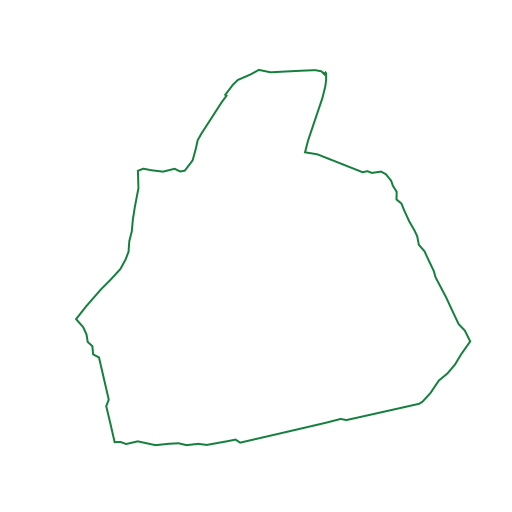 the district of Heiban, South Kordufan, Sudan, rotated 77°
{"feature_id": "16777658B58356083218961", "entity_name": "Heiban", "entity_type": "district", "adm_level": 2, "iso_a3": "SDN", "parent_name": "Sudan", "parent_adm1": "South Kordufan", "projection": "albers", "projection_center": [30.437, 11.168], "detail": "fine", "context": "isolated", "style": "outline", "palette": "green", "viewbox_px": 512, "rotation_deg": 77, "n_neighbors": 0, "source": "geoboundaries", "source_scale": "gbopen_adm2", "svg_char_len": 1530}
<svg xmlns="http://www.w3.org/2000/svg" viewBox="0 0 512 512"><g transform="rotate(77 256 256)"><path d="M387.4,66.5L375.6,69.3L367.9,73.9L351.3,77.5L339.3,80.0L317.3,85.8L310.4,86.2L299.2,88.7L289.2,90.8L281.8,94.8L272.9,94.5L266.9,95.8L256.7,98.9L244.7,101.4L237.6,102.5L232.5,106.4L225.1,104.5L218.4,106.8L213.1,107.4L205.6,111.0L201.9,115.1L201.1,124.5L198.4,128.4L198.4,133.2L170.7,173.4L166.0,184.9L155.2,179.3L116.9,155.7L106.3,150.3L100.0,148.0L93.7,146.6L93.3,146.8L94.6,147.3L94.1,147.7L94.4,147.8L93.4,148.5L94.0,148.7L93.4,149.1L90.7,150.8L88.2,156.6L85.9,168.9L83.2,183.9L80.3,200.4L75.3,211.4L77.9,220.6L80.2,233.1L80.4,234.2L83.8,239.8L92.0,249.7L92.5,249.3L93.2,248.7L98.3,254.7L124.6,281.8L130.1,286.8L138.5,290.8L148.5,296.2L152.7,301.2L156.8,306.2L156.6,310.9L152.7,315.7L152.9,327.6L149.0,338.4L145.6,346.1L146.4,351.9L163.5,355.3L180.9,363.0L192.8,367.8L204.1,371.5L213.0,376.1L223.1,379.2L230.0,383.8L238.2,391.1L246.3,402.9L253.5,414.4L266.6,432.5L277.0,445.5L280.9,443.4L286.4,440.4L294.3,438.8L301.9,439.3L307.1,435.7L311.2,436.3L315.2,436.8L319.6,431.8L339.4,431.8L357.9,431.8L359.6,431.8L362.9,431.8L368.6,435.7L385.7,435.6L387.2,435.6L400.4,435.6L405.6,435.6L406.7,429.9L410.0,424.8L410.0,412.9L414.0,404.4L417.7,396.5L419.3,383.6L421.0,373.7L424.7,366.2L426.0,354.6L429.0,346.5L430.0,326.4L430.3,317.2L434.3,313.4L434.2,225.6L433.8,210.2L436.2,204.8L436.7,130.2L435.3,126.4L428.8,116.9L418.5,105.9L413.5,95.9L406.5,86.5L397.8,78.1L387.4,66.5Z" fill="none" stroke="#15803d" stroke-width="2"/></g></svg>